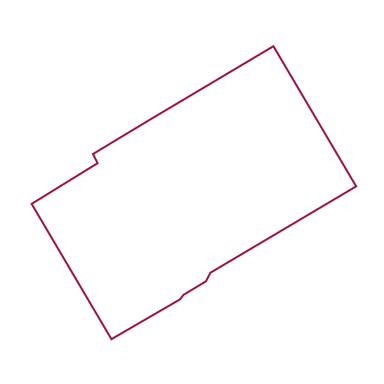 Miller, Georgia, United States of America (Albers equal-area conic projection), rotated 148°
{"feature_id": "52423323B69845491949418", "entity_name": "Miller", "entity_type": "district", "adm_level": 2, "iso_a3": "USA", "parent_name": "United States of America", "parent_adm1": "Georgia", "projection": "albers", "projection_center": [-84.711, 31.163], "detail": "fine", "context": "isolated", "style": "outline", "palette": "rose", "viewbox_px": 384, "rotation_deg": 148, "n_neighbors": 0, "source": "geoboundaries", "source_scale": "gbopen_adm2", "svg_char_len": 307}
<svg xmlns="http://www.w3.org/2000/svg" viewBox="0 0 384 384"><g transform="rotate(148 192 192)"><path d="M45.7,272.5L191.3,275.7L255.9,276.7L256.8,266.5L334.3,266.9L338.3,109.9L259.0,107.3L253.8,109.3L227.5,108.9L219.1,113.8L49.8,109.8L45.7,272.5Z" fill="none" stroke="#9f1239" stroke-width="2"/></g></svg>